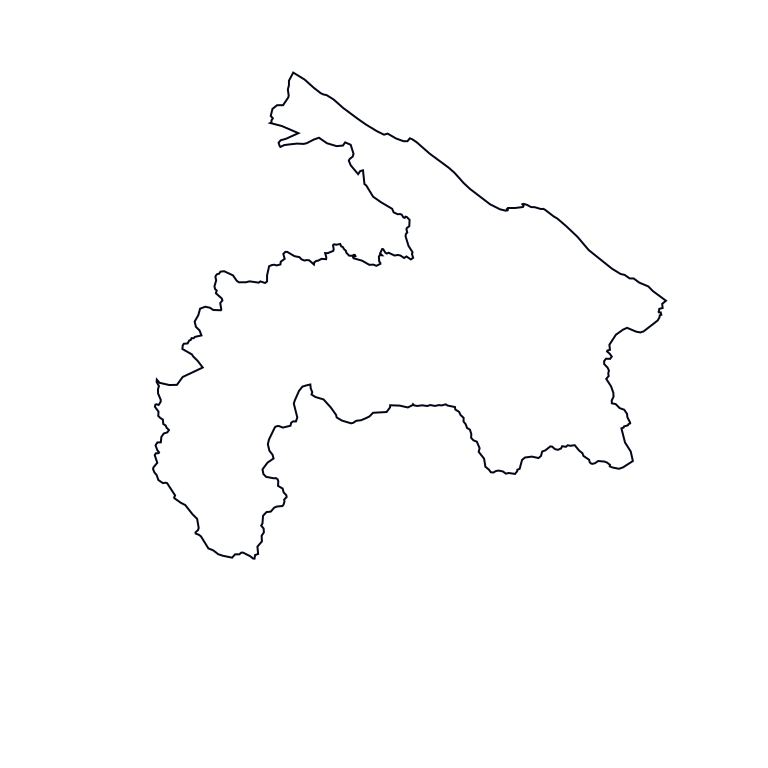 Sambava, Sava, Madagascar (Equal Earth projection), rotated 304°
{"feature_id": "10022922B78580830473532", "entity_name": "Sambava", "entity_type": "district", "adm_level": 2, "iso_a3": "MDG", "parent_name": "Madagascar", "parent_adm1": "Sava", "projection": "equal_earth", "projection_center": [49.762, -14.245], "detail": "fine", "context": "isolated", "style": "outline", "palette": "ink", "viewbox_px": 768, "rotation_deg": 304, "n_neighbors": 0, "source": "geoboundaries", "source_scale": "gbopen_adm2", "svg_char_len": 6166}
<svg xmlns="http://www.w3.org/2000/svg" viewBox="0 0 768 768"><g transform="rotate(304 384 384)"><path d="M151.4,346.2L155.1,355.2L159.5,355.8L161.9,359.3L164.4,360.0L165.4,361.4L166.4,369.3L166.1,373.1L166.8,374.3L170.1,372.8L172.7,374.7L178.4,370.0L185.2,370.8L189.8,367.4L193.8,367.4L196.9,365.0L197.9,361.4L200.5,361.2L207.1,357.4L212.1,358.2L214.9,361.5L220.1,362.1L222.7,363.9L226.0,368.0L227.6,368.2L230.7,367.3L232.3,365.9L235.9,366.5L237.2,365.1L238.0,361.4L240.6,358.5L240.3,353.1L244.3,350.7L245.5,349.1L245.5,346.9L244.3,345.6L241.1,338.2L241.9,334.4L245.3,331.0L253.7,331.4L260.5,334.1L263.0,331.2L264.6,326.3L269.1,321.4L273.6,319.7L286.6,317.8L288.0,317.9L289.6,319.3L290.4,320.5L291.3,324.5L297.1,329.8L300.1,328.7L302.3,329.7L303.7,331.9L307.7,330.9L317.3,320.2L320.2,319.3L330.6,317.4L336.2,317.8L339.3,320.3L342.4,323.2L339.4,325.7L337.1,329.1L334.7,329.8L334.9,334.5L337.4,342.5L334.8,353.0L331.6,361.5L329.8,363.5L330.2,369.8L333.0,378.7L334.6,380.2L337.9,381.5L341.1,385.2L345.5,388.1L349.0,390.1L354.0,391.0L362.2,401.8L368.0,402.1L369.8,401.0L374.8,409.0L377.9,416.9L382.3,419.4L383.5,419.3L383.1,420.9L384.3,423.7L387.7,427.6L389.9,432.1L392.4,434.1L394.3,438.5L397.2,441.3L398.5,443.8L401.7,446.6L401.7,448.8L404.6,455.7L402.7,457.4L402.9,461.8L401.1,464.8L400.5,468.9L397.4,470.9L396.3,474.3L394.0,477.4L394.2,480.7L391.4,484.3L388.1,486.3L387.3,489.7L388.1,493.2L384.2,499.2L380.7,500.4L378.1,508.7L372.1,514.3L371.7,518.8L370.6,521.9L371.7,524.1L374.5,525.5L376.4,527.6L378.0,531.5L377.8,535.1L380.0,537.2L382.7,542.9L386.3,543.2L387.5,542.5L389.5,543.9L398.3,540.9L401.9,542.0L406.5,547.2L409.0,553.5L412.1,554.4L416.4,552.9L419.3,554.9L425.3,556.8L426.1,558.5L425.6,562.1L426.7,565.0L429.5,566.8L432.1,566.5L433.6,569.9L435.9,570.6L437.1,573.2L439.9,576.3L437.9,583.2L437.6,587.2L435.9,589.5L435.9,596.4L434.1,598.4L433.9,600.2L434.3,601.4L436.3,603.2L439.9,604.6L443.0,610.2L443.6,612.8L443.3,616.6L442.0,617.2L442.4,619.7L445.1,626.2L448.6,628.8L459.3,633.4L466.0,626.3L470.3,616.5L480.0,605.6L481.8,607.0L483.0,606.7L486.1,609.3L487.5,609.2L489.0,610.1L489.7,609.5L492.5,604.4L495.1,602.2L497.0,597.6L495.8,592.9L496.9,587.3L495.4,583.7L497.7,582.0L501.8,581.4L505.0,579.0L509.0,573.6L512.5,565.4L516.2,565.8L518.3,563.9L520.9,563.0L522.6,560.2L523.6,555.5L526.0,553.7L529.1,553.9L531.3,557.4L534.1,557.5L535.3,554.2L535.7,550.7L536.7,550.5L538.7,552.2L542.6,548.9L554.5,548.7L562.8,551.8L566.5,554.1L568.4,563.8L570.1,567.7L572.8,569.8L589.8,575.4L593.4,575.1L595.1,574.2L596.4,575.2L598.1,573.4L597.1,571.9L597.3,571.4L600.3,570.2L602.8,572.5L606.0,569.8L610.7,571.2L611.4,555.0L612.7,548.6L610.8,538.9L611.1,532.0L608.9,528.6L609.0,522.5L607.5,518.6L607.1,508.3L609.5,478.8L614.2,462.1L616.7,447.0L618.1,435.0L617.8,431.1L618.5,420.1L618.3,418.2L616.8,416.2L614.9,410.2L612.9,406.9L612.5,402.4L611.3,398.8L610.4,398.2L609.7,400.1L608.4,400.2L603.0,394.0L599.2,388.3L597.8,388.1L597.6,389.3L597.1,389.4L595.7,387.9L593.7,382.5L592.3,371.5L593.8,346.1L595.2,337.4L598.5,324.5L599.5,316.7L600.5,293.1L602.7,275.9L602.7,270.8L602.1,268.0L598.4,267.7L596.2,264.4L594.3,256.8L593.6,247.0L590.7,244.6L589.6,236.5L589.0,223.9L589.2,213.5L590.0,195.9L591.7,183.0L591.4,174.9L590.1,171.6L589.7,168.8L590.3,160.2L592.0,147.9L591.4,134.6L582.3,135.6L578.6,138.1L574.4,139.6L569.7,143.8L568.0,144.4L558.7,144.4L555.4,139.5L549.7,137.7L542.9,140.2L542.1,143.3L539.6,143.3L537.9,144.4L536.8,143.8L540.7,154.9L544.1,172.8L532.3,165.5L528.3,162.0L525.1,161.7L523.0,164.3L522.6,165.5L526.3,167.7L529.9,171.8L534.7,177.5L538.0,183.0L540.3,185.2L547.7,189.3L551.8,192.4L551.7,202.1L554.7,211.7L558.7,216.6L562.6,216.7L563.7,222.6L557.8,230.0L555.1,230.9L551.2,229.7L549.4,230.0L546.7,234.1L543.5,245.2L547.2,245.2L549.4,247.1L538.8,256.0L538.7,258.2L533.2,270.2L533.0,279.6L533.8,292.8L531.7,296.0L532.4,300.4L533.9,302.3L534.3,303.9L532.9,307.1L533.4,308.3L534.7,308.2L535.2,309.5L534.4,313.4L529.0,316.7L525.9,315.7L524.7,316.2L522.6,318.6L520.7,318.2L518.5,319.3L512.2,327.1L509.2,334.0L507.4,334.5L504.9,337.6L502.3,336.6L502.3,331.3L499.7,330.2L499.7,325.8L498.7,323.3L496.4,320.9L495.4,314.4L493.7,313.4L493.7,311.4L495.3,308.0L494.9,307.0L490.2,307.7L489.6,310.4L488.4,308.4L486.6,308.6L483.0,311.4L482.4,313.2L481.6,313.8L477.7,311.6L477.1,308.6L474.6,305.2L474.0,296.9L471.2,288.4L472.1,287.1L474.1,288.8L474.7,287.7L474.2,286.7L472.6,286.1L470.9,283.3L471.8,279.3L473.1,277.9L473.5,275.2L474.5,273.5L474.2,271.5L475.6,269.4L472.7,266.5L472.0,264.6L470.6,264.1L467.5,267.0L466.0,267.5L461.0,264.2L459.6,262.0L456.8,265.3L455.1,266.2L452.8,262.2L449.2,260.3L448.3,259.0L445.8,258.2L443.9,259.1L444.7,252.8L443.6,250.7L441.8,248.9L441.2,245.6L441.9,243.1L439.9,238.2L439.4,229.9L438.4,228.3L435.5,227.8L432.2,231.7L427.7,230.0L425.2,231.3L422.3,228.7L421.5,226.3L419.9,224.5L417.4,222.9L408.7,226.3L403.6,229.7L401.3,229.0L399.9,224.1L398.0,223.5L393.9,215.1L391.2,212.7L387.2,206.9L387.2,204.2L389.6,198.1L388.1,188.4L385.7,185.6L383.2,185.6L381.7,184.2L380.2,184.0L378.5,184.3L376.1,186.9L370.2,188.8L368.3,190.8L367.9,193.1L365.2,193.9L364.2,201.6L363.0,203.3L359.5,203.0L354.6,207.6L353.9,207.5L349.9,201.1L349.9,197.1L348.1,192.6L343.6,189.4L337.1,191.6L329.9,192.1L326.2,196.1L325.3,201.1L322.2,205.5L317.3,200.9L315.5,200.6L314.4,198.8L312.5,199.2L311.2,198.2L307.8,198.5L305.4,195.5L303.3,195.6L300.3,197.3L301.1,208.4L300.2,210.1L299.0,216.5L296.3,224.5L277.3,213.2L267.5,212.8L263.1,206.6L259.5,197.3L260.6,193.2L258.6,194.3L256.4,198.6L253.3,199.5L249.8,202.0L246.1,207.7L244.4,208.8L240.6,208.9L240.0,206.8L239.1,206.0L237.0,206.8L235.0,212.5L231.3,214.7L230.7,217.9L230.9,220.5L227.4,223.4L227.5,226.1L226.2,228.2L225.6,231.5L222.7,231.4L219.8,229.1L215.7,229.0L210.8,231.6L208.9,228.8L205.4,228.9L202.4,233.0L201.5,235.8L200.6,235.8L198.9,233.6L196.8,233.7L191.9,240.1L186.1,239.5L184.4,240.0L182.3,243.1L181.4,246.4L178.2,250.7L178.2,256.1L180.1,258.2L180.5,259.7L174.8,273.1L172.5,273.5L172.1,274.1L171.9,282.0L172.5,286.9L168.9,298.2L167.7,304.5L161.0,310.9L158.9,311.5L155.6,310.7L154.7,311.5L155.5,315.1L155.3,317.5L149.5,330.3L150.6,335.4L150.2,341.8L151.4,346.2Z" fill="none" stroke="#020617" stroke-width="2"/></g></svg>